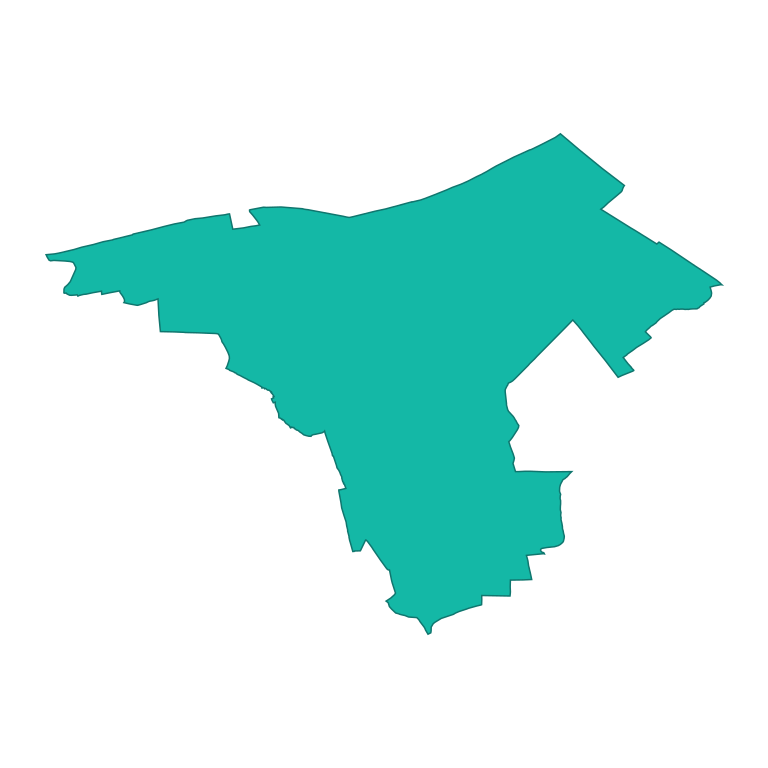 the district of Helesteni, Iasi, Romania
{"feature_id": "2599482B91920922475689", "entity_name": "Helesteni", "entity_type": "district", "adm_level": 2, "iso_a3": "ROU", "parent_name": "Romania", "parent_adm1": "Iasi", "projection": "robinson", "projection_center": [26.863, 47.189], "detail": "fine", "context": "isolated", "style": "filled", "palette": "teal", "viewbox_px": 768, "rotation_deg": 0, "n_neighbors": 0, "source": "geoboundaries", "source_scale": "gbopen_adm2", "svg_char_len": 6096}
<svg xmlns="http://www.w3.org/2000/svg" viewBox="0 0 768 768"><path d="M481.6,604.7L481.8,599.2L481.7,597.6L481.8,595.5L510.0,596.0L510.3,593.4L510.4,591.7L510.2,586.9L510.4,580.1L523.1,579.9L531.7,579.5L530.2,572.4L529.6,570.1L529.2,568.1L528.6,565.9L527.9,560.9L527.3,558.5L526.4,555.4L526.9,555.3L543.4,553.7L544.4,553.9L544.1,553.2L543.9,552.9L543.4,552.6L541.7,552.0L541.1,551.3L540.6,550.4L540.6,549.6L541.2,548.8L541.9,548.4L546.9,547.5L554.6,546.7L558.3,545.6L560.4,544.4L562.7,542.4L563.4,541.3L564.1,538.4L564.3,536.4L564.1,535.3L563.6,533.5L563.2,531.1L562.5,528.7L562.4,526.4L561.9,523.4L561.0,519.6L561.1,517.6L560.7,515.9L560.7,514.9L561.0,512.5L560.4,510.1L560.3,509.4L560.4,506.2L560.6,504.1L560.6,500.6L560.1,498.6L560.2,496.7L560.3,495.5L560.6,494.9L560.6,494.2L559.8,492.3L559.5,491.1L559.7,487.2L560.3,485.0L560.7,483.9L563.0,479.6L564.8,478.6L565.8,477.7L567.2,476.6L569.7,473.6L571.7,471.6L545.7,471.9L531.0,471.3L524.7,471.3L518.8,471.6L515.5,471.6L513.0,463.4L513.9,460.6L514.4,458.1L513.2,454.1L510.5,447.1L508.8,441.7L509.9,440.6L512.2,437.7L517.4,429.7L518.5,427.4L518.8,425.5L517.3,423.4L516.0,420.8L514.9,419.3L514.6,418.5L513.2,416.4L508.5,411.3L507.7,409.7L506.5,405.0L506.5,403.6L505.2,391.8L505.2,389.8L505.7,388.6L507.0,386.0L507.6,385.2L508.4,383.1L510.7,382.1L512.6,380.9L515.0,378.7L528.2,365.4L529.8,363.5L534.6,358.9L536.8,356.5L565.4,327.6L572.8,320.0L578.0,325.8L581.6,330.3L583.6,333.0L590.5,341.8L593.9,346.3L605.3,360.5L618.1,377.3L621.9,375.5L632.6,371.2L633.7,370.6L633.8,370.3L633.2,369.6L631.9,368.4L631.4,367.8L631.5,367.5L627.9,363.6L623.2,357.5L627.0,354.7L627.1,354.3L633.1,350.1L636.6,347.4L643.0,343.5L648.7,339.8L651.1,337.8L650.6,336.9L645.4,331.8L646.9,330.0L649.4,327.8L651.0,326.2L652.5,325.4L656.1,322.8L657.0,321.6L660.3,318.5L669.0,312.6L672.0,310.3L674.1,309.2L676.5,309.4L677.6,309.1L679.1,309.3L680.5,309.1L683.0,309.1L685.0,309.4L687.1,309.3L688.5,309.4L690.0,309.1L692.6,308.9L697.1,308.8L697.7,308.3L699.0,307.7L700.1,306.4L703.9,303.9L704.0,302.6L705.0,302.4L707.7,300.4L709.9,298.1L711.2,296.0L711.6,293.1L711.3,291.4L710.1,287.1L714.5,285.9L720.8,284.7L721.9,284.8L721.1,284.1L720.0,282.9L716.6,280.2L704.5,272.1L695.0,265.9L671.2,249.9L659.0,242.1L656.8,244.0L634.8,230.3L630.4,227.7L600.8,209.2L603.8,207.0L608.1,202.9L617.2,195.3L621.4,191.7L622.1,190.6L622.7,188.7L623.3,187.3L623.9,186.2L624.4,185.5L602.1,168.4L579.4,149.9L560.4,133.8L555.2,137.5L539.3,145.6L531.0,149.6L529.7,149.9L513.8,157.1L496.4,165.9L492.0,168.4L486.8,171.5L480.6,174.8L476.7,176.6L468.0,181.1L460.8,184.3L452.3,187.4L446.7,189.9L431.9,195.8L424.3,198.7L420.6,200.0L411.6,202.1L411.6,201.9L385.4,209.0L375.1,211.2L353.0,216.7L349.8,217.4L348.7,217.4L346.8,217.1L343.3,216.3L308.0,209.7L304.7,209.3L302.3,208.7L281.1,207.0L266.5,207.4L263.5,207.2L249.9,209.8L249.5,210.1L249.7,211.7L252.7,215.1L256.9,220.5L258.0,222.1L259.7,225.0L255.8,225.8L251.0,226.4L243.5,227.9L232.8,229.2L229.5,213.9L227.8,214.1L224.8,214.8L215.6,215.9L202.7,218.0L195.1,218.7L187.4,220.3L186.1,220.9L184.2,222.1L174.2,224.0L164.0,226.5L151.6,229.8L133.1,234.1L132.2,234.9L113.3,239.5L112.6,239.9L103.3,241.7L93.5,244.5L81.7,247.2L74.1,249.5L58.8,253.1L54.5,253.9L46.1,254.7L47.2,257.1L49.1,260.2L50.6,260.8L53.9,260.4L65.0,261.0L70.1,261.5L72.1,262.0L73.0,262.3L73.8,263.2L75.1,265.8L76.0,267.6L75.7,269.5L70.3,281.6L67.8,284.6L66.0,286.2L64.7,287.3L64.0,289.1L63.9,292.9L64.5,293.2L66.3,293.1L66.9,293.9L69.6,295.2L71.4,295.3L75.9,295.0L77.0,294.7L77.9,296.1L79.4,295.4L83.5,294.4L86.4,294.1L92.9,292.7L101.5,291.2L101.7,294.2L101.8,294.4L109.5,292.8L119.7,290.9L119.7,291.2L120.1,292.6L122.4,295.7L123.7,297.9L124.3,299.3L124.5,300.3L124.5,301.1L124.4,301.9L123.9,302.6L129.4,303.9L136.5,305.2L137.7,305.3L140.6,304.5L146.3,302.7L148.1,301.8L149.7,301.2L152.0,300.8L154.2,300.3L158.0,298.9L158.9,315.7L160.4,331.6L174.0,331.9L183.8,332.3L185.3,332.5L198.1,332.8L215.6,333.5L217.9,333.8L218.9,334.8L221.0,338.6L221.7,340.5L221.9,341.5L222.4,342.5L223.3,343.6L225.4,347.3L227.9,352.3L229.1,355.5L229.3,356.4L229.4,358.6L228.8,361.1L227.2,365.9L226.0,368.4L228.9,369.5L229.6,370.3L233.8,371.9L234.5,372.6L235.8,372.9L236.3,373.6L237.7,374.5L240.2,375.6L243.5,377.4L247.1,379.2L248.1,379.9L254.0,382.6L256.8,384.1L261.8,387.0L261.8,387.6L262.0,388.1L262.8,387.8L263.4,387.8L264.3,388.2L264.6,388.8L265.6,388.5L267.5,390.0L268.3,390.2L268.9,390.1L270.8,391.6L271.3,391.8L271.6,392.2L271.1,392.6L272.4,394.0L274.0,396.4L273.1,396.9L273.6,397.9L271.5,398.9L272.0,400.3L273.3,402.8L275.3,402.2L275.2,403.9L275.6,406.4L278.6,413.4L278.9,417.7L280.4,418.2L281.5,418.9L281.5,419.2L282.3,419.3L282.5,420.0L283.5,419.9L284.8,421.8L286.0,423.4L289.1,425.5L290.5,427.9L291.1,427.6L291.1,427.1L291.6,427.1L292.0,427.5L292.8,427.3L293.3,427.7L293.9,427.6L294.2,428.1L294.4,428.3L294.5,428.7L295.4,429.0L296.3,429.9L298.2,430.5L300.0,432.1L301.8,433.2L303.7,434.8L305.9,435.5L308.7,436.2L311.0,436.3L311.6,435.5L312.5,434.9L313.5,434.6L315.3,434.3L322.1,432.8L324.3,431.5L324.6,431.1L324.8,432.0L325.2,433.5L327.8,441.3L332.0,453.1L332.5,455.7L333.0,456.1L333.4,456.2L336.5,465.6L337.0,467.8L338.8,470.3L339.9,472.5L340.6,474.6L341.8,476.9L341.8,478.1L342.6,481.2L343.0,482.1L343.6,482.5L343.6,483.0L343.5,483.3L343.8,484.0L344.4,484.3L345.9,488.4L341.1,489.6L338.8,490.0L338.9,491.4L340.9,502.3L341.7,507.9L343.8,514.9L346.1,521.9L346.7,525.9L347.7,530.1L347.6,531.0L349.0,536.3L349.0,537.2L349.6,540.3L350.2,542.2L352.8,551.5L354.2,551.4L354.5,551.0L360.4,550.8L365.6,540.0L366.2,540.1L367.7,541.7L371.9,547.4L373.0,549.2L380.7,560.4L386.0,567.7L386.9,568.9L388.2,569.9L389.5,570.0L391.5,580.0L392.2,582.8L395.5,593.1L394.5,594.7L390.7,598.1L386.1,601.1L388.2,602.7L389.4,606.6L391.4,608.9L395.7,613.0L398.4,613.7L399.8,614.3L402.1,614.9L404.9,615.5L408.6,617.0L416.8,617.6L418.8,619.6L420.2,621.9L424.0,626.9L425.2,628.9L425.3,629.6L425.7,630.3L428.0,634.2L430.8,632.8L431.1,631.0L431.2,627.1L433.2,623.7L434.9,622.3L441.3,618.4L453.5,614.3L455.4,613.1L459.1,611.5L466.7,609.0L468.8,608.2L476.7,606.0L480.9,605.0L481.6,604.7Z" fill="#14b8a6" stroke="#0f766e" stroke-width="1.5"/></svg>